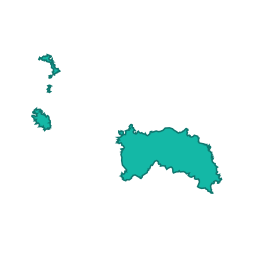 Sao Joao Baptista, Brava, Cabo Verde, rotated 284°
{"feature_id": "66160863B96352926706883", "entity_name": "Sao Joao Baptista", "entity_type": "district", "adm_level": 2, "iso_a3": "CPV", "parent_name": "Cabo Verde", "parent_adm1": "Brava", "projection": "orthographic", "projection_center": [-24.678, 14.893], "detail": "fine", "context": "isolated", "style": "filled", "palette": "teal", "viewbox_px": 256, "rotation_deg": 284, "n_neighbors": 0, "source": "geoboundaries", "source_scale": "gbopen_adm2", "svg_char_len": 5836}
<svg xmlns="http://www.w3.org/2000/svg" viewBox="0 0 256 256"><g transform="rotate(284 128 128)"><path d="M85.3,225.9L86.1,225.5L85.9,223.8L88.2,224.0L88.5,223.5L91.8,222.1L94.5,222.7L94.9,223.0L94.5,223.8L94.9,224.6L95.7,225.0L96.7,224.2L98.3,226.1L97.6,228.1L96.2,228.3L96.4,229.1L96.8,229.5L98.1,229.4L98.1,230.1L99.3,230.1L100.7,231.2L101.7,230.6L100.8,229.2L101.0,228.6L101.7,228.6L102.3,227.8L103.7,228.6L103.7,228.0L105.1,228.0L104.3,226.6L104.7,224.8L105.8,224.5L106.4,225.4L107.1,225.5L107.6,224.4L110.7,223.4L111.7,224.3L112.8,221.6L114.5,221.1L114.4,220.0L115.0,219.2L115.6,219.4L115.1,219.0L115.5,218.2L117.7,217.0L118.2,217.1L118.2,217.8L119.2,218.0L119.1,217.5L119.5,217.2L119.1,216.9L120.4,217.1L120.0,216.6L120.5,216.7L120.3,216.0L121.4,216.1L120.8,215.5L121.6,216.0L124.6,215.0L124.3,214.2L125.3,213.3L125.4,212.0L125.8,211.6L126.1,212.1L126.5,212.1L126.1,211.4L127.9,210.8L128.5,211.2L128.0,212.5L128.9,212.7L128.9,212.2L129.9,212.4L130.3,210.9L130.8,210.8L129.0,209.7L131.0,208.5L130.4,207.8L130.8,207.4L130.4,206.3L130.8,206.3L130.9,205.1L130.7,200.9L131.7,199.6L132.1,199.9L133.4,199.2L135.0,199.3L134.8,199.0L136.8,197.6L137.0,194.1L135.6,193.4L134.5,191.7L134.7,190.1L135.6,190.1L135.9,189.0L134.9,187.8L135.1,187.4L136.3,186.6L137.8,186.8L139.2,185.8L139.9,185.9L140.5,186.7L141.2,186.2L141.3,185.0L141.0,185.0L141.5,184.8L141.4,184.4L138.4,182.6L138.3,182.1L137.1,181.3L136.2,179.8L136.4,179.3L135.3,178.3L135.7,176.7L136.4,176.7L136.0,176.5L137.0,173.2L138.0,171.3L138.2,168.3L136.9,164.1L134.3,162.6L132.5,160.2L131.8,158.3L131.9,156.1L129.6,152.3L130.4,151.9L129.8,150.6L127.4,150.5L125.3,148.9L125.5,147.5L126.8,146.2L126.2,146.2L126.1,144.9L126.2,143.4L126.8,142.5L126.0,141.5L126.4,139.9L127.4,138.8L126.4,138.0L125.6,138.1L124.4,137.5L124.2,136.9L124.9,136.5L124.2,136.3L124.5,134.7L125.5,133.9L126.9,134.3L127.3,135.4L128.5,133.7L129.5,133.2L129.2,132.6L129.6,131.8L131.9,131.5L132.2,130.5L131.9,129.8L129.7,128.8L128.0,130.3L127.9,129.4L127.3,129.1L126.1,129.5L125.9,128.1L124.4,126.1L123.4,127.0L121.0,127.1L120.5,124.5L121.6,124.7L123.4,124.1L123.5,122.6L123.2,122.9L122.6,121.4L122.7,119.8L121.0,120.3L120.2,122.1L119.8,121.8L119.4,124.4L117.1,122.8L116.3,120.3L116.0,121.7L114.8,121.8L114.5,121.1L114.2,122.4L113.4,121.2L112.5,121.7L112.2,120.8L111.8,121.4L111.0,120.7L111.2,122.5L110.8,123.1L112.0,124.8L111.4,125.6L109.7,126.3L109.7,127.6L108.1,129.2L106.5,128.6L106.5,127.5L106.0,126.6L105.5,127.7L105.3,127.2L105.1,127.6L103.6,127.8L103.1,127.2L103.0,127.8L100.5,127.6L98.0,129.2L95.0,129.7L90.7,131.6L87.0,136.8L86.2,136.9L85.8,136.3L85.4,136.7L85.5,135.6L84.9,135.5L84.9,136.1L82.6,135.4L82.1,134.6L82.8,133.2L82.0,133.5L81.7,132.8L80.2,133.2L79.8,132.7L79.8,133.6L79.1,133.4L78.4,135.5L77.8,135.7L77.2,135.0L76.5,136.3L76.3,138.6L77.5,139.1L78.1,141.9L80.2,143.5L80.9,143.2L82.8,144.4L83.2,144.3L84.2,146.3L83.0,150.4L83.3,151.3L82.2,152.0L82.2,152.8L84.1,153.7L85.2,153.4L89.3,157.3L91.3,157.4L92.2,158.2L93.0,157.6L93.8,158.9L97.2,159.2L97.8,160.0L97.7,160.7L102.1,162.0L103.4,163.8L102.5,165.7L101.2,165.9L100.3,166.7L100.8,168.0L100.5,168.5L98.9,168.7L99.8,170.8L100.1,173.4L99.3,173.6L97.3,175.6L98.7,176.6L100.1,178.4L100.6,179.2L100.2,180.4L98.9,181.4L96.3,182.2L95.4,183.0L97.2,185.6L97.7,187.4L98.9,188.0L98.0,189.2L99.2,192.6L98.7,194.5L97.7,195.8L99.0,198.4L96.5,197.9L95.6,200.2L95.7,201.7L96.8,202.7L97.4,204.2L94.9,204.9L94.7,206.3L95.6,208.7L94.8,209.0L94.7,209.8L92.5,210.4L87.9,209.7L87.3,211.6L87.2,214.0L88.5,217.6L87.6,218.4L87.4,220.1L86.1,220.9L86.0,222.9L85.0,224.3L85.3,225.9ZM120.5,31.8L119.8,32.0L119.4,33.7L120.0,34.5L119.9,36.5L118.8,35.7L117.7,36.8L116.8,35.6L117.4,33.4L116.9,31.9L116.0,32.0L114.9,34.3L113.1,35.1L112.9,36.2L112.5,35.9L112.7,36.7L114.0,36.5L114.1,37.0L113.6,36.8L112.0,37.4L111.5,38.1L109.6,37.3L110.0,38.3L110.7,38.4L110.5,39.0L111.1,39.8L110.1,41.2L108.8,41.3L108.4,41.8L107.8,41.4L108.7,44.3L108.2,44.5L108.1,45.4L108.7,45.6L108.1,45.8L107.7,47.0L106.3,46.6L106.4,47.0L105.4,47.7L107.1,48.7L107.5,49.9L108.5,50.1L108.6,50.9L107.6,51.1L108.1,52.0L108.8,51.5L109.5,52.7L109.8,52.3L111.5,52.6L111.9,51.8L114.1,51.2L114.0,50.3L114.8,51.2L115.9,50.7L115.8,51.2L117.0,49.4L119.4,48.6L120.3,47.6L120.5,46.7L118.9,46.0L120.4,44.5L119.7,43.9L121.1,44.2L121.4,43.5L120.5,43.0L120.8,42.3L121.2,42.4L120.5,41.7L120.5,40.6L121.1,40.3L122.5,40.9L122.3,38.4L123.8,40.3L124.9,38.1L124.0,37.7L124.4,36.9L124.2,35.8L123.3,35.1L123.4,34.7L123.8,34.9L123.9,34.2L124.5,34.2L122.5,32.7L121.1,33.7L121.0,32.4L120.5,31.8ZM174.8,25.2L173.1,24.8L172.8,25.4L173.8,26.0L174.2,27.2L173.1,28.4L173.7,30.2L173.0,30.5L173.1,31.0L173.7,31.0L174.1,32.4L172.9,33.0L172.8,34.9L173.2,35.6L172.7,36.5L172.8,37.1L171.1,37.8L170.5,38.8L168.0,39.2L167.7,40.7L166.9,41.7L166.1,41.5L164.9,42.2L164.0,41.1L163.2,42.2L162.4,42.1L161.6,43.5L161.7,43.9L163.0,43.7L163.5,44.4L163.5,43.9L163.9,44.9L165.3,45.8L165.1,46.4L165.7,46.7L166.5,48.1L167.1,47.8L167.5,46.2L168.7,45.8L168.1,44.0L168.8,42.8L168.6,42.3L169.4,42.2L169.2,41.8L170.1,41.1L170.9,41.7L171.0,41.3L171.7,41.4L171.5,40.1L172.1,40.2L173.0,39.4L172.6,38.2L173.5,38.2L174.0,39.4L174.1,38.9L174.8,38.8L174.6,38.5L175.1,38.7L175.3,38.0L176.7,37.7L175.0,36.7L175.4,34.8L176.4,34.3L177.9,35.5L177.9,35.9L178.9,36.2L179.2,35.8L178.7,35.6L179.0,35.0L178.5,34.5L179.4,34.2L179.7,31.8L178.2,32.1L177.8,30.6L177.1,30.3L177.4,29.0L176.4,28.0L175.2,27.7L174.8,27.0L175.1,26.5L174.5,25.4L174.8,25.2ZM146.0,40.2L145.1,41.5L143.6,41.2L143.8,42.2L143.5,43.1L144.6,44.1L144.8,43.0L145.3,42.6L147.0,42.6L148.0,41.4L146.0,40.2ZM160.3,40.1L159.4,38.9L159.1,39.4L157.9,39.3L158.3,40.2L157.7,40.3L158.5,41.4L159.5,40.8L160.2,41.8L160.7,41.5L160.0,40.8L160.3,40.1ZM150.4,41.2L149.6,40.0L148.1,42.0L148.7,42.1L148.7,42.8L149.7,42.5L150.2,43.3L150.5,42.2L150.4,41.5L150.0,41.6L150.4,41.2Z" fill="#14b8a6" stroke="#0f766e" stroke-width="1.5"/></g></svg>